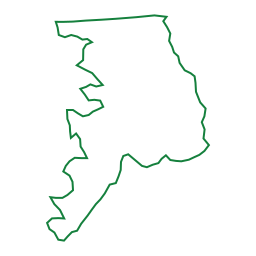 Jardinópolis, Santa Catarina, Brazil (Equal Earth projection)
{"feature_id": "56859067B41532106575458", "entity_name": "Jardinópolis", "entity_type": "district", "adm_level": 2, "iso_a3": "BRA", "parent_name": "Brazil", "parent_adm1": "Santa Catarina", "projection": "equal_earth", "projection_center": [-52.883, -26.726], "detail": "fine", "context": "isolated", "style": "outline", "palette": "green", "viewbox_px": 256, "rotation_deg": 0, "n_neighbors": 0, "source": "geoboundaries", "source_scale": "gbopen_adm2", "svg_char_len": 1474}
<svg xmlns="http://www.w3.org/2000/svg" viewBox="0 0 256 256"><path d="M55.8,21.8L57.6,27.5L58.8,35.0L64.9,37.2L71.2,35.0L77.3,36.6L82.4,39.6L87.3,39.0L91.9,42.2L86.1,44.7L83.3,49.3L83.1,60.1L76.8,65.3L85.2,69.7L92.2,73.1L97.6,79.4L102.7,85.0L96.2,86.5L90.4,84.4L86.1,86.9L80.3,88.8L84.7,94.4L88.7,100.4L94.3,99.8L100.2,100.6L103.2,106.8L97.9,109.4L92.9,111.6L88.7,115.0L82.9,116.3L78.0,113.4L73.0,110.0L67.0,110.0L67.4,119.0L69.8,125.3L70.1,131.5L70.9,137.9L76.1,133.5L80.1,139.1L80.6,146.6L84.1,152.1L87.0,158.1L80.8,158.1L74.7,157.8L69.5,161.3L65.8,165.9L63.3,171.5L69.5,175.6L72.5,181.8L73.0,190.2L67.4,195.0L62.4,197.9L56.1,197.9L50.4,197.2L54.3,204.1L60.0,210.0L64.2,218.5L58.5,218.1L52.0,218.4L47.1,222.9L49.5,229.1L54.4,232.5L58.3,239.7L64.0,240.6L67.6,236.5L71.9,232.1L77.1,230.7L81.2,223.7L87.6,215.6L92.0,209.4L95.9,204.1L100.4,199.4L104.8,193.4L109.7,184.6L115.8,183.1L118.6,176.2L120.7,170.0L121.0,161.9L123.3,156.0L128.2,154.3L142.0,165.9L146.9,167.2L152.8,164.7L158.4,163.1L161.6,158.8L165.9,155.3L170.3,160.0L175.9,160.9L181.3,161.3L188.9,159.7L194.4,157.1L199.3,154.9L204.4,151.0L208.9,145.1L203.5,138.5L204.6,129.4L201.8,122.2L204.4,116.3L205.6,108.5L200.2,102.4L196.0,91.8L195.5,82.8L194.6,76.3L190.6,73.2L184.7,70.3L179.6,62.9L178.2,56.3L174.0,52.5L172.2,46.9L169.1,40.9L170.3,33.5L167.1,27.2L163.3,21.2L166.5,16.8L154.4,15.4L136.1,17.2L115.6,18.8L101.8,19.7L85.6,20.6L72.8,21.6L62.1,21.9L55.8,21.8Z" fill="none" stroke="#15803d" stroke-width="2"/></svg>